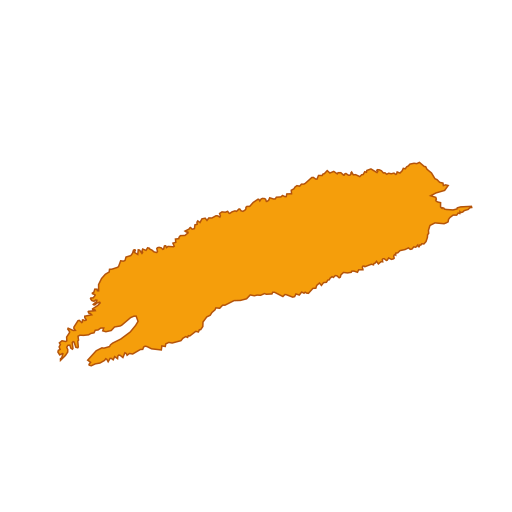 Tlacotepec de Mejía, Veracruz, Mexico (orthographic projection), rotated 160°
{"feature_id": "50627088B38998854105063", "entity_name": "Tlacotepec de Mejía", "entity_type": "district", "adm_level": 2, "iso_a3": "MEX", "parent_name": "Mexico", "parent_adm1": "Veracruz", "projection": "orthographic", "projection_center": [-96.778, 19.183], "detail": "fine", "context": "isolated", "style": "filled", "palette": "amber", "viewbox_px": 512, "rotation_deg": 160, "n_neighbors": 0, "source": "geoboundaries", "source_scale": "gbopen_adm2", "svg_char_len": 6097}
<svg xmlns="http://www.w3.org/2000/svg" viewBox="0 0 512 512"><g transform="rotate(160 256 256)"><path d="M474.3,230.2L471.3,230.6L470.9,230.2L473.3,226.9L474.9,226.3L475.4,224.8L469.1,227.7L465.8,230.1L464.9,232.4L465.1,235.0L463.4,236.4L461.4,235.9L461.5,232.7L460.4,231.2L459.6,231.8L458.3,237.5L457.1,238.1L456.4,237.4L456.5,231.8L454.9,230.7L454.1,231.3L452.6,237.0L451.5,237.7L450.7,241.5L448.5,241.8L445.2,240.4L440.3,239.2L437.6,239.7L434.5,239.2L432.5,241.2L429.7,240.5L426.6,241.4L423.7,240.4L425.6,238.1L423.0,236.2L417.5,235.5L413.2,237.7L407.6,236.7L405.9,236.9L394.9,241.0L391.3,241.2L389.2,240.5L389.2,234.9L392.9,231.9L400.2,227.6L411.5,224.2L420.4,223.2L423.1,222.3L424.6,221.0L430.4,221.4L432.2,222.4L438.6,221.6L449.8,215.7L447.8,212.7L450.0,211.3L450.1,210.5L448.4,209.2L443.9,209.6L439.3,208.8L434.0,209.7L432.3,210.9L431.5,209.8L431.1,207.2L428.1,209.7L426.9,209.2L425.7,207.3L423.2,209.8L421.2,206.9L420.1,209.2L418.9,209.8L417.7,209.2L415.8,206.1L412.3,209.9L411.3,208.8L411.1,206.8L408.3,207.7L405.4,206.1L396.6,207.7L394.4,207.0L392.7,208.9L391.1,209.2L389.4,208.2L385.9,204.5L377.1,200.1L375.2,203.7L372.2,202.0L370.8,204.3L367.5,204.6L364.5,202.9L355.5,202.1L352.8,203.7L349.6,204.3L348.1,202.9L346.8,204.3L345.6,203.5L338.4,205.8L336.1,204.3L334.4,206.1L333.2,205.7L330.1,207.9L328.4,212.1L325.8,213.8L323.1,215.6L319.3,216.0L316.7,218.0L313.0,219.4L311.4,221.0L308.0,219.3L304.2,221.2L301.9,220.4L291.9,221.6L285.9,219.6L279.5,219.0L274.7,221.4L271.2,219.2L268.3,218.9L265.1,217.5L260.9,217.8L259.3,216.5L254.0,214.9L252.7,216.2L251.0,215.6L244.6,208.7L242.1,209.9L240.9,209.4L235.6,204.8L233.6,204.6L231.4,206.7L228.7,204.5L225.4,206.5L223.6,204.6L222.2,205.2L221.1,203.8L219.5,203.0L213.6,206.1L210.8,205.3L209.0,207.6L205.6,208.9L204.6,206.0L201.6,207.9L198.8,207.2L196.8,208.8L195.2,208.6L194.2,209.7L191.6,210.6L190.6,209.4L188.2,210.5L186.7,209.7L185.3,207.1L184.0,207.3L182.6,209.3L179.4,210.6L175.8,208.8L172.1,208.1L171.1,209.0L169.1,208.3L166.2,206.0L164.3,207.9L160.2,206.5L159.9,209.1L159.0,209.9L157.9,209.6L157.4,208.7L150.4,208.8L148.6,207.5L147.8,208.6L146.4,208.6L144.6,209.8L143.7,206.7L140.5,207.9L138.9,207.2L138.5,209.6L137.7,209.9L136.5,209.7L135.0,207.2L134.1,207.2L132.0,208.8L129.9,206.5L127.8,206.3L126.9,206.7L126.7,208.7L125.7,209.7L125.0,209.9L124.4,209.1L123.7,210.9L121.7,210.5L118.9,211.8L113.7,211.1L109.9,211.5L108.8,209.5L107.1,209.2L104.6,210.6L102.9,209.6L100.2,211.0L100.2,209.2L99.5,208.9L98.2,210.4L97.4,209.9L96.0,210.8L94.1,209.9L91.3,211.4L88.6,214.8L87.5,217.3L86.0,218.2L85.2,221.1L82.1,225.2L76.5,225.9L68.2,222.0L65.7,222.1L63.8,222.4L62.6,224.5L60.7,225.8L56.8,227.0L53.4,225.8L51.4,227.2L50.0,226.2L49.2,227.8L48.9,226.8L46.7,226.6L44.8,227.4L40.7,227.2L38.6,228.2L36.7,227.8L36.6,229.0L47.0,232.2L50.4,232.4L51.0,231.5L55.1,231.9L61.2,234.6L62.9,235.6L63.1,236.7L64.5,237.7L64.9,237.2L65.5,238.1L65.8,239.0L64.3,243.0L66.9,244.7L67.9,246.0L68.0,247.0L67.1,247.7L67.0,249.6L71.3,252.9L65.2,253.7L56.3,253.1L51.3,256.5L53.5,258.0L55.8,258.1L55.4,260.6L58.2,262.4L59.8,265.9L61.4,267.4L62.7,274.0L65.7,279.1L66.0,281.9L67.3,282.6L70.4,288.1L73.3,287.8L75.8,289.1L79.9,289.7L82.2,288.5L83.9,288.3L85.9,286.9L87.6,288.0L89.5,286.1L92.4,284.7L94.6,286.7L95.9,285.0L96.7,284.8L98.0,286.7L100.8,287.0L103.0,288.4L105.2,288.1L106.4,290.1L107.9,290.5L109.0,293.2L110.6,294.8L112.4,295.6L113.2,295.2L112.7,293.8L113.8,293.0L118.2,298.5L122.6,298.5L123.6,296.9L125.0,298.0L127.4,295.9L128.9,296.2L131.3,295.1L134.6,298.4L136.8,299.0L137.4,302.2L138.4,301.6L138.8,300.4L140.3,299.8L141.5,300.3L143.3,302.8L144.8,302.7L145.4,301.8L146.0,301.9L147.8,305.3L150.4,306.2L151.6,305.4L154.0,308.9L158.2,308.7L159.9,311.9L163.6,310.0L165.1,310.1L166.3,309.0L169.7,310.3L172.4,307.4L173.6,307.9L175.2,310.2L176.7,310.7L184.9,307.4L186.5,307.2L188.7,308.0L191.1,306.7L193.5,308.1L195.9,307.4L197.3,306.2L200.4,305.7L201.3,302.3L205.8,303.8L207.3,301.5L208.4,301.8L210.4,303.8L212.4,303.0L216.8,304.3L218.3,303.1L219.9,303.5L223.2,306.0L225.1,304.0L227.0,303.5L227.6,303.7L227.6,306.1L228.3,307.0L230.2,307.9L231.7,307.8L233.6,306.4L233.9,308.1L234.6,308.7L240.3,307.3L244.9,304.8L247.7,305.7L248.8,305.2L249.4,303.7L250.6,302.9L253.0,302.4L254.6,303.6L255.2,305.7L255.9,306.0L259.1,304.6L260.3,305.6L263.5,305.7L266.0,305.0L266.6,305.2L267.4,307.7L269.8,307.6L272.9,309.1L275.7,308.4L275.7,305.9L276.7,304.9L278.2,306.8L279.8,307.5L284.5,306.8L287.3,307.9L289.9,306.2L290.8,308.9L294.1,309.4L297.2,306.6L298.7,308.9L299.9,308.0L300.5,305.9L302.7,306.2L304.5,302.8L306.8,303.0L307.8,305.2L308.3,305.2L309.8,304.2L314.2,303.7L313.2,302.3L311.9,301.9L311.9,301.0L315.7,299.6L320.1,301.0L321.8,300.0L322.7,298.7L325.9,299.5L326.7,296.3L329.7,296.5L329.5,293.1L330.4,292.9L335.4,295.1L337.2,294.5L337.4,296.5L338.0,296.8L338.7,296.7L340.4,294.2L341.3,294.1L342.2,296.0L344.1,297.3L345.8,297.5L346.7,296.9L347.0,294.0L348.1,293.2L350.4,294.7L351.8,297.2L353.5,298.8L353.5,299.7L355.0,300.8L357.5,298.9L360.1,301.3L361.3,299.9L361.4,298.0L362.3,297.4L363.4,301.4L364.5,302.1L366.6,297.9L369.2,301.2L367.5,302.4L367.5,303.1L368.3,303.5L369.2,303.3L371.1,300.8L373.5,299.2L378.5,299.5L380.6,296.6L382.5,296.5L384.8,297.8L388.6,293.3L389.8,292.7L396.0,292.9L398.2,293.6L399.4,291.2L403.8,290.4L408.8,287.7L413.7,283.0L415.8,277.1L417.0,277.6L416.8,279.2L418.8,280.0L420.7,277.5L422.5,277.1L422.6,276.5L420.6,274.8L420.6,274.1L423.2,272.4L425.7,273.0L426.1,272.5L425.6,270.4L424.5,269.4L423.7,268.9L421.7,269.5L420.6,268.8L421.4,267.7L425.5,266.2L425.0,265.4L424.0,265.2L421.6,266.2L418.7,266.1L418.5,265.2L421.4,263.7L427.7,262.2L427.8,261.7L425.8,260.5L425.7,259.6L432.3,261.3L432.8,261.0L432.5,259.1L431.3,258.7L430.5,256.9L437.5,258.0L438.0,256.5L437.3,254.3L437.6,253.8L439.0,253.9L440.5,255.3L441.0,255.2L441.6,253.4L442.5,253.0L444.1,256.0L445.4,256.1L451.4,251.5L451.9,250.3L451.2,247.9L453.2,248.5L457.2,252.4L457.9,251.7L457.1,248.7L457.4,247.8L461.7,244.6L462.8,241.0L464.0,240.7L467.3,242.7L470.5,241.6L470.1,239.7L472.1,237.9L472.0,235.2L474.0,235.0L475.0,233.5L474.3,230.2Z" fill="#f59e0b" stroke="#b45309" stroke-width="1.5"/></g></svg>